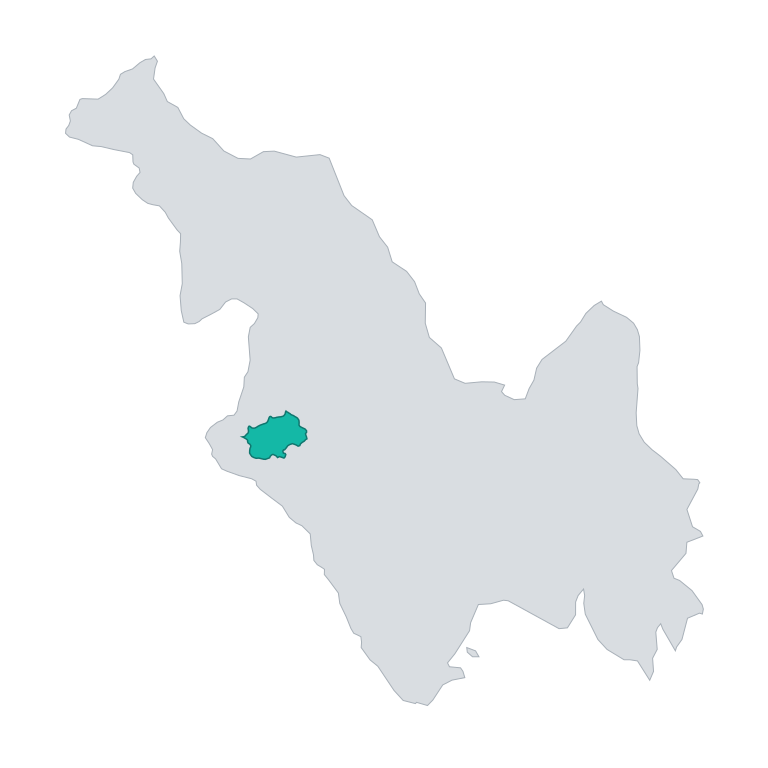 Hwaphyong, Chagang-do, North Korea (highlighted), rotated 272°
{"feature_id": "82179303B2578505364646", "entity_name": "Hwaphyong", "entity_type": "district", "adm_level": 2, "iso_a3": "PRK", "parent_name": "North Korea", "parent_adm1": "Chagang-do", "projection": "robinson", "projection_center": [126.952, 41.219], "detail": "fine", "context": "in_parent", "style": "filled", "palette": "teal", "viewbox_px": 768, "rotation_deg": 272, "n_neighbors": 0, "source": "geoboundaries", "source_scale": "gbopen_adm2", "svg_char_len": 4804}
<svg xmlns="http://www.w3.org/2000/svg" viewBox="0 0 768 768"><g transform="rotate(272 384 384)"><path d="M474.4,598.4L470.9,600.4L464.8,610.8L459.1,624.1L453.5,631.3L447.2,635.3L440.3,637.6L426.6,638.6L414.2,637.7L410.2,636.3L393.2,637.1L388.4,638.0L364.0,637.0L351.2,638.1L343.1,640.7L334.9,646.1L327.7,654.1L321.5,662.8L308.7,678.6L299.7,686.3L299.6,697.4L299.4,700.8L296.3,703.1L295.2,702.1L290.0,701.3L269.2,691.1L252.1,697.3L247.7,705.4L243.2,708.0L236.4,692.2L225.3,691.7L207.6,677.8L200.0,680.6L198.0,686.2L188.3,699.0L174.6,709.6L170.2,711.0L165.2,710.2L166.0,707.3L160.5,695.5L139.1,690.7L131.4,685.6L127.5,684.5L148.6,671.3L154.1,668.9L150.0,665.8L145.5,664.3L128.3,666.3L119.3,662.0L106.2,663.4L97.2,659.9L116.1,647.0L117.0,639.3L116.8,633.5L126.5,616.2L136.1,606.7L161.0,593.2L171.8,591.3L179.6,591.9L186.1,590.6L179.4,585.4L172.8,583.1L160.0,583.5L146.7,575.8L145.6,567.5L171.7,515.7L172.1,511.0L168.1,498.3L166.9,486.0L148.5,478.9L140.4,478.1L116.8,464.2L107.5,457.2L103.7,459.3L103.0,470.4L99.6,472.9L93.4,475.0L90.4,462.3L85.3,453.2L69.8,443.8L64.2,438.7L67.0,427.6L65.7,426.6L68.4,414.2L78.1,404.7L101.7,387.7L107.8,379.7L119.8,370.4L125.2,370.6L130.7,369.7L132.5,365.7L133.8,362.5L138.5,359.5L150.0,354.4L163.1,347.5L173.5,345.7L186.3,335.5L191.5,331.0L196.7,331.0L198.1,328.9L201.1,323.6L205.2,320.1L210.8,319.5L220.0,317.0L231.6,315.5L239.5,306.9L242.1,300.8L247.4,294.0L258.4,286.7L266.0,275.8L274.4,264.0L278.4,260.2L282.4,259.5L284.7,255.0L287.4,242.5L291.3,230.3L293.6,224.6L303.3,218.3L305.7,215.2L307.9,214.2L312.4,215.0L318.4,211.4L324.1,207.3L329.2,208.7L334.5,212.1L340.0,218.8L342.4,224.2L346.7,228.7L347.6,235.2L351.9,238.1L361.1,239.5L376.2,244.0L385.9,244.2L391.5,247.6L403.1,249.4L426.4,246.8L435.9,248.3L439.9,252.4L445.9,255.6L449.7,255.8L454.8,250.2L460.3,241.2L463.9,234.2L463.7,228.7L460.4,222.8L452.8,217.3L447.7,208.7L442.8,199.9L440.0,197.1L437.7,192.8L437.2,186.2L438.8,181.8L450.4,178.8L465.2,177.1L477.2,178.9L497.3,177.7L509.5,175.2L518.7,175.6L527.1,175.5L530.8,171.8L542.4,162.7L548.0,159.4L554.2,153.3L555.1,146.8L556.3,141.6L559.7,136.1L565.8,129.2L571.0,126.0L576.8,126.4L583.0,129.6L586.9,132.8L591.3,131.8L594.9,126.4L597.2,125.4L604.3,124.9L606.4,121.6L608.9,105.7L611.4,93.2L611.9,84.4L617.9,69.9L619.8,61.1L623.4,57.0L627.7,57.3L631.3,59.9L635.9,61.4L641.9,60.0L646.2,62.2L648.9,66.9L657.8,70.2L658.7,72.5L658.7,88.3L663.7,95.7L670.4,102.4L679.4,108.4L684.3,109.8L687.2,114.2L690.1,121.7L696.6,128.9L700.0,134.3L700.8,139.8L703.8,142.9L698.7,146.3L691.9,144.2L680.7,143.0L666.5,153.8L658.7,157.6L653.2,168.3L642.1,174.6L636.1,181.3L628.3,193.0L623.2,204.3L611.3,215.8L604.4,230.2L604.2,242.7L612.0,255.4L612.9,266.2L607.7,288.4L611.0,312.0L607.8,321.3L570.8,337.5L561.2,345.5L547.7,366.5L531.0,374.3L520.8,382.9L506.4,387.9L497.3,402.7L487.3,411.0L475.3,416.1L466.4,422.7L446.2,423.1L432.1,427.7L422.0,440.1L391.6,454.2L387.5,465.0L389.6,481.5L389.8,494.2L387.1,504.6L380.5,501.7L376.9,505.1L372.9,514.7L374.1,525.7L384.5,529.2L393.1,533.7L405.2,536.0L414.1,541.1L433.1,564.2L448.6,574.4L452.7,578.2L461.6,583.3L469.8,591.3L474.4,598.4ZM120.5,484.8L114.7,488.4L114.5,482.0L118.9,476.6L123.5,475.9L120.5,484.8Z" fill="#d9dde1" stroke="#a8b0b8" stroke-width="1"/><path d="M307.6,272.8L307.9,272.9L309.2,274.2L309.8,275.5L308.5,278.6L306.8,280.2L307.2,280.9L307.8,281.9L307.5,283.3L307.1,284.6L306.5,286.6L307.1,287.3L308.4,287.9L310.1,288.3L311.1,287.6L311.4,285.9L313.4,285.2L314.7,285.9L314.7,286.9L316.3,288.2L317.3,288.9L318.9,289.9L320.2,291.9L321.2,294.6L320.5,296.9L319.9,298.6L318.9,300.3L319.5,302.0L321.2,302.6L322.8,304.3L324.1,306.3L325.7,307.6L326.5,308.9L328.7,308.3L330.3,307.6L331.7,307.3L333.0,308.3L334.6,308.2L336.3,306.6L337.3,304.2L337.9,302.9L338.6,301.5L339.9,300.5L341.2,300.5L342.9,300.5L344.8,300.2L346.8,298.8L347.5,297.8L348.5,295.8L349.2,294.8L349.8,293.1L350.2,292.1L351.1,291.1L351.8,289.7L352.5,288.7L352.8,287.7L353.5,287.0L353.0,286.7L352.3,286.5L350.9,286.3L350.2,286.0L348.8,285.0L348.3,284.3L347.6,282.0L347.4,280.1L346.9,277.7L346.6,277.0L346.3,275.7L346.2,274.4L346.3,273.8L346.6,273.2L347.2,272.6L347.6,272.0L347.6,271.4L347.2,270.8L346.5,270.4L343.7,269.5L342.4,269.0L341.2,268.0L340.8,267.4L340.2,266.1L340.1,265.5L338.6,261.8L337.2,259.3L336.3,258.1L335.7,256.9L335.4,256.3L335.3,255.0L335.4,253.7L337.1,251.3L337.1,250.6L336.4,250.1L335.0,249.7L332.4,250.2L331.0,250.1L330.4,249.9L329.7,249.3L328.7,248.2L327.4,247.2L326.8,246.6L326.5,245.9L326.2,244.3L325.8,245.3L325.1,246.6L324.4,248.0L323.4,249.3L322.8,249.7L321.5,249.7L320.2,250.3L319.2,252.0L317.8,253.0L316.5,253.0L315.2,252.4L312.9,252.1L310.3,252.1L308.7,253.1L307.0,254.4L306.0,256.4L305.3,258.8L305.6,261.5L305.0,264.5L304.6,266.5L304.6,268.2L305.3,269.9L306.2,272.2L307.6,272.8Z" fill="#14b8a6" stroke="#0f766e" stroke-width="1.5"/></g></svg>